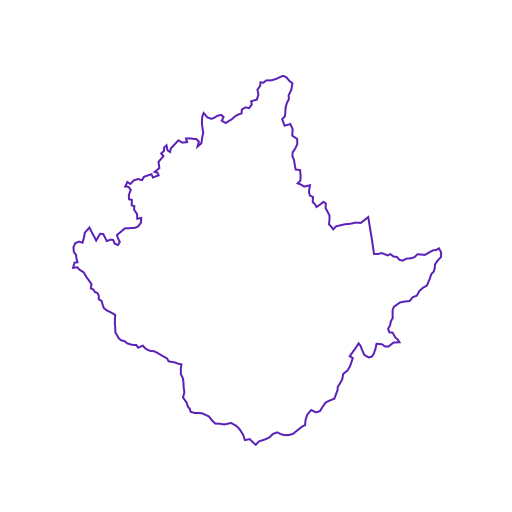 the district of São João do Triunfo, Paraná, Brazil, rotated 198°
{"feature_id": "56859067B92215694258834", "entity_name": "São João do Triunfo", "entity_type": "district", "adm_level": 2, "iso_a3": "BRA", "parent_name": "Brazil", "parent_adm1": "Paraná", "projection": "equal_earth", "projection_center": [-50.278, -25.688], "detail": "fine", "context": "isolated", "style": "outline", "palette": "violet", "viewbox_px": 512, "rotation_deg": 198, "n_neighbors": 0, "source": "geoboundaries", "source_scale": "gbopen_adm2", "svg_char_len": 4093}
<svg xmlns="http://www.w3.org/2000/svg" viewBox="0 0 512 512"><g transform="rotate(198 256 256)"><path d="M308.4,401.7L306.8,398.7L308.3,394.5L312.0,394.1L314.7,390.9L313.8,387.1L316.2,385.4L318.9,382.6L321.2,378.7L326.0,373.1L330.4,374.1L329.8,378.2L332.7,379.4L336.1,377.4L338.4,374.6L340.8,372.7L345.1,372.8L350.0,375.8L350.2,372.0L349.4,368.5L348.1,364.6L344.2,356.6L343.8,352.2L342.8,346.3L345.4,342.0L345.7,347.2L349.0,348.8L352.3,347.9L355.1,347.5L358.9,346.1L356.7,343.0L361.1,341.1L365.5,342.0L367.9,337.0L370.2,332.0L369.9,328.3L372.9,329.2L375.3,333.6L376.9,330.9L376.0,327.5L377.9,324.2L374.9,322.4L377.8,315.4L375.1,309.7L378.3,304.6L375.4,304.8L373.5,302.6L375.9,300.8L378.3,298.8L380.7,301.5L384.3,298.8L387.0,296.7L387.8,292.9L392.1,292.7L395.7,290.0L397.7,285.7L401.2,286.6L401.8,281.7L398.7,282.4L395.5,280.2L395.8,274.7L394.2,270.7L391.4,271.0L389.9,265.8L387.1,265.8L386.3,262.4L382.1,259.1L380.4,254.7L376.9,256.7L375.7,252.1L377.3,247.6L379.8,245.4L384.8,243.4L389.3,241.7L394.7,232.9L392.8,230.3L389.9,227.3L390.6,223.8L394.2,224.1L396.8,227.1L399.4,226.6L402.5,224.1L408.1,229.7L411.0,229.0L411.8,225.7L412.8,221.3L416.1,224.6L419.8,228.1L423.2,231.6L426.0,225.2L425.3,220.6L425.1,215.0L428.7,215.0L431.9,212.3L432.3,207.9L430.5,203.5L427.5,201.5L425.9,198.0L423.8,194.9L426.6,193.6L426.3,188.2L422.4,190.1L419.6,188.4L414.8,187.2L410.8,183.6L408.4,181.9L403.8,178.4L403.0,174.1L400.3,173.8L398.0,171.9L395.4,171.8L393.4,169.8L392.0,166.2L388.9,165.5L386.8,162.2L384.6,159.5L381.3,158.2L376.6,157.5L371.7,156.5L370.6,152.1L369.3,148.0L367.7,144.2L366.2,140.0L364.0,138.0L361.3,135.4L358.3,134.1L354.7,134.4L351.5,133.1L346.5,133.2L342.3,134.3L339.7,132.4L335.9,135.8L333.2,134.1L330.1,133.2L326.7,133.1L324.0,133.9L320.3,133.5L315.0,132.3L309.0,131.1L306.5,128.8L303.3,129.3L300.5,129.7L297.1,129.5L293.5,129.9L292.6,125.3L290.9,120.3L288.0,117.4L286.5,114.7L283.9,108.0L282.0,104.3L281.7,98.9L276.8,95.2L274.0,91.5L271.7,90.2L270.0,87.6L265.5,87.8L261.8,89.1L258.4,89.7L251.3,88.9L246.6,85.8L242.8,84.0L238.6,85.3L234.1,86.0L230.9,87.8L228.2,89.5L222.3,88.4L218.2,86.3L213.1,82.1L209.6,77.5L205.4,79.9L201.8,78.1L197.9,76.4L195.7,80.8L192.2,83.2L189.6,85.3L187.2,87.6L184.9,92.0L181.4,94.8L176.5,94.2L172.9,94.6L169.4,95.9L165.9,98.2L162.4,103.6L159.3,108.2L157.1,110.2L158.2,115.4L158.2,120.9L155.9,126.6L150.7,125.8L147.3,128.2L145.9,133.7L144.5,138.1L142.2,140.5L137.4,144.5L137.0,153.6L137.8,157.0L136.8,160.5L135.9,165.3L136.6,170.8L133.6,175.4L132.5,180.4L132.4,188.8L135.9,189.7L133.2,198.0L131.4,204.6L128.7,202.7L126.3,199.7L122.4,195.4L117.4,194.3L114.5,196.4L113.8,199.8L113.7,204.5L114.2,209.8L108.8,211.0L105.6,209.8L102.1,210.8L98.5,216.1L92.9,218.3L95.2,220.2L98.4,221.6L102.4,225.3L105.5,224.6L107.9,227.6L107.1,231.4L107.5,235.8L106.8,239.3L108.1,242.8L109.3,246.8L109.2,250.2L107.1,253.1L104.6,256.4L100.4,258.7L96.0,260.6L94.2,265.2L90.8,268.0L89.9,273.0L87.3,277.5L84.4,280.6L84.0,284.1L83.7,289.2L83.7,292.9L82.1,296.1L82.3,299.7L83.1,303.0L82.1,307.2L79.7,312.3L81.1,316.7L84.4,319.8L86.5,317.4L89.2,316.2L91.5,313.9L95.8,309.2L99.0,308.5L102.9,307.6L104.9,303.9L107.5,301.9L112.1,300.0L115.1,296.9L118.3,296.7L121.6,298.6L125.0,298.0L128.9,299.3L130.9,297.3L137.3,297.6L140.7,295.6L144.4,294.4L149.8,305.4L161.3,327.7L166.5,319.9L172.0,318.4L174.6,316.7L177.1,315.4L181.2,313.7L189.0,309.0L190.8,305.2L193.3,307.0L196.4,308.7L197.3,313.1L198.6,317.2L201.8,320.4L204.6,323.0L205.9,327.6L208.7,328.3L210.7,325.0L213.6,321.3L215.9,323.5L218.7,324.8L220.0,329.7L223.2,330.1L225.4,333.1L226.0,336.4L226.5,340.0L231.6,336.9L235.2,337.8L238.8,338.0L237.1,341.3L238.2,345.7L240.6,351.3L245.0,350.5L246.6,353.3L248.1,356.3L249.7,359.3L252.2,362.1L253.2,366.1L252.0,369.8L251.3,375.1L253.0,380.1L258.7,381.6L260.3,387.9L264.1,392.1L269.1,388.8L273.4,394.3L271.6,398.0L273.8,406.8L273.9,411.4L273.2,415.1L274.6,418.9L273.8,424.8L274.7,431.5L278.1,432.7L282.6,435.5L286.2,435.6L291.5,430.7L295.5,427.9L300.6,426.1L302.5,423.1L305.4,422.6L304.6,419.3L306.0,414.5L303.6,410.4L303.5,405.0L308.4,401.7Z" fill="none" stroke="#5b21b6" stroke-width="2"/></g></svg>